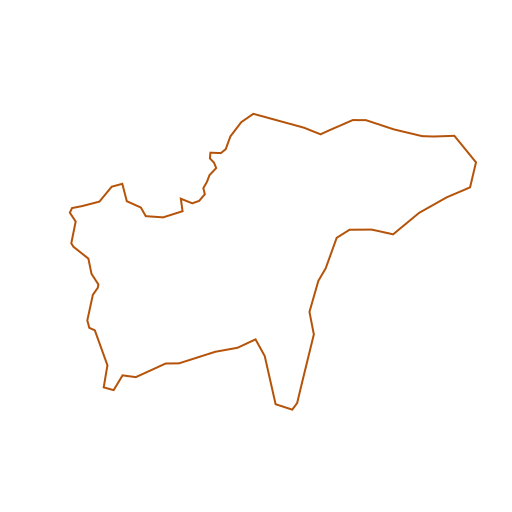 the district of Takeita, Zinder, Niger, rotated 194°
{"feature_id": "23599985B25575457251727", "entity_name": "Takeita", "entity_type": "district", "adm_level": 2, "iso_a3": "NER", "parent_name": "Niger", "parent_adm1": "Zinder", "projection": "equal_earth", "projection_center": [8.795, 13.951], "detail": "fine", "context": "isolated", "style": "outline", "palette": "amber", "viewbox_px": 512, "rotation_deg": 194, "n_neighbors": 0, "source": "geoboundaries", "source_scale": "gbopen_adm2", "svg_char_len": 1071}
<svg xmlns="http://www.w3.org/2000/svg" viewBox="0 0 512 512"><g transform="rotate(194 256 256)"><path d="M92.6,420.6L112.6,414.9L123.7,412.5L152.8,412.2L182.2,414.4L195.0,411.3L215.3,395.7L222.8,389.7L224.3,389.9L240.6,392.1L293.0,393.3L302.7,382.3L309.8,365.8L311.2,352.4L314.9,347.4L325.2,345.2L324.3,339.5L319.3,336.4L315.9,331.7L320.7,323.1L321.5,316.2L323.5,309.1L320.6,303.6L324.5,295.7L330.6,291.7L342.8,293.4L338.1,281.7L355.5,271.0L372.6,268.0L379.5,275.2L394.6,277.9L403.2,293.7L412.8,288.3L421.1,270.9L436.7,262.4L446.1,258.0L447.1,253.0L439.3,245.8L438.3,223.6L435.4,220.8L418.0,212.9L411.3,198.9L402.0,190.2L401.8,187.0L404.9,178.9L404.1,152.7L400.4,146.0L394.4,144.9L373.7,114.0L372.0,91.7L361.7,91.4L356.6,107.9L343.3,109.4L317.7,129.8L304.8,133.2L272.4,153.2L251.7,162.5L236.3,175.0L223.3,161.0L201.1,116.9L183.7,115.7L180.5,123.2L180.7,143.6L180.9,193.9L190.6,214.7L189.5,246.9L185.4,260.9L182.1,293.2L171.6,304.1L150.2,309.6L128.2,310.2L108.2,337.3L85.0,359.2L64.9,374.4L65.2,400.1L92.6,420.6Z" fill="none" stroke="#b45309" stroke-width="2"/></g></svg>